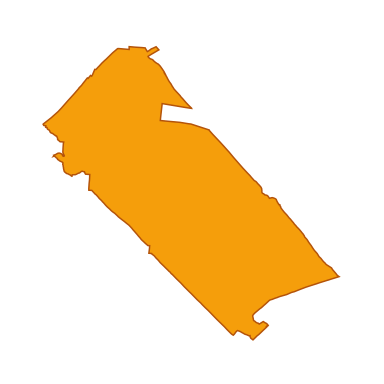 Ibanesti, Botosani, Romania (Equal Earth projection), rotated 186°
{"feature_id": "2599482B35973270357670", "entity_name": "Ibanesti", "entity_type": "district", "adm_level": 2, "iso_a3": "ROU", "parent_name": "Romania", "parent_adm1": "Botosani", "projection": "equal_earth", "projection_center": [26.394, 48.051], "detail": "fine", "context": "isolated", "style": "filled", "palette": "amber", "viewbox_px": 384, "rotation_deg": 186, "n_neighbors": 0, "source": "geoboundaries", "source_scale": "gbopen_adm2", "svg_char_len": 5960}
<svg xmlns="http://www.w3.org/2000/svg" viewBox="0 0 384 384"><g transform="rotate(186 192 192)"><path d="M320.0,276.6L325.2,269.5L330.5,262.0L333.7,257.8L340.0,250.9L347.1,244.0L347.1,243.7L346.9,243.6L346.5,242.8L346.1,242.6L345.2,242.6L344.3,242.7L344.2,242.6L344.4,241.2L344.2,241.0L343.0,240.9L342.7,240.5L342.6,239.9L342.5,239.7L341.9,239.2L341.2,238.9L340.5,238.6L340.2,238.3L339.7,237.5L339.3,236.7L338.9,236.4L338.5,236.1L336.7,235.6L335.6,234.9L334.8,234.4L333.9,234.0L333.7,233.8L333.6,233.6L332.8,233.6L332.5,233.5L331.4,231.5L331.0,230.3L331.1,230.2L330.9,229.9L330.5,229.6L330.1,229.4L329.7,229.2L328.9,228.4L328.3,228.2L326.2,228.3L324.8,228.2L325.0,227.5L325.0,226.9L324.8,221.4L324.7,220.3L324.7,219.3L324.6,218.1L324.3,217.4L324.0,216.8L323.6,216.0L323.0,215.1L322.8,214.7L322.9,214.4L323.2,214.1L323.6,214.1L324.0,214.2L324.3,214.5L324.9,215.4L325.3,215.9L325.9,216.3L326.7,216.6L327.4,216.8L328.4,216.8L329.7,216.4L331.5,215.0L333.0,214.3L333.2,214.2L332.9,214.0L333.5,213.0L332.7,213.4L332.4,213.3L331.9,212.8L331.3,212.5L330.7,211.9L329.9,211.5L329.3,211.0L329.1,210.3L328.2,210.0L327.4,209.4L326.7,209.0L324.9,208.4L324.3,208.2L323.6,207.8L323.5,207.5L323.4,207.2L323.4,206.8L323.4,205.8L322.9,204.9L322.7,203.6L322.4,203.0L322.2,201.8L321.6,200.2L321.3,199.3L320.7,198.6L319.7,198.1L319.0,197.4L318.1,197.2L316.9,197.0L316.0,196.5L315.1,196.3L314.3,195.7L313.7,195.4L313.1,195.1L312.9,195.3L313.0,195.9L313.0,196.4L312.8,196.6L312.4,196.7L311.3,196.8L309.6,197.1L308.2,198.0L307.3,198.6L306.8,198.9L306.0,199.1L304.9,200.1L304.1,200.9L303.6,201.1L303.2,201.2L302.6,201.0L301.6,200.8L301.1,200.9L300.8,200.4L300.7,200.0L300.0,198.9L299.7,198.6L295.5,198.7L295.2,193.5L295.2,189.9L295.0,184.7L294.8,183.0L291.8,183.1L288.1,179.8L287.0,179.2L284.5,176.9L283.6,175.9L281.7,174.5L280.6,173.6L280.1,173.0L279.0,172.2L277.1,170.4L276.6,169.9L274.7,168.3L271.9,166.3L271.1,165.6L270.1,164.8L268.4,163.7L266.7,162.8L264.2,160.9L263.3,160.2L262.9,159.8L262.0,159.2L260.3,158.1L256.2,155.6L253.8,154.0L252.0,152.9L251.1,152.3L247.8,149.4L247.2,148.7L245.0,146.7L243.4,145.2L242.3,144.2L240.5,142.4L238.8,140.9L238.4,140.4L237.4,139.4L236.4,138.6L235.0,137.6L233.1,136.1L230.2,134.1L228.5,134.2L228.4,131.8L228.4,130.2L228.5,126.6L225.8,126.6L225.7,126.3L225.4,126.2L225.2,126.0L222.8,124.5L221.0,122.7L219.4,121.4L218.3,120.5L216.9,119.1L216.2,118.4L212.2,115.3L210.5,113.9L207.7,111.7L206.4,110.6L205.6,110.2L204.8,109.3L203.7,108.3L203.4,108.3L198.3,104.0L193.8,100.5L189.7,96.9L184.1,92.4L181.8,90.6L175.7,85.5L171.8,82.6L170.0,81.0L166.7,78.3L163.4,75.8L161.0,73.8L156.6,70.1L154.2,68.1L145.7,61.4L143.1,59.1L138.3,55.2L137.7,54.8L137.2,54.5L136.0,53.9L135.3,54.7L134.4,56.1L133.9,57.1L133.2,58.0L132.8,58.5L132.5,58.8L132.2,59.0L129.3,58.2L127.8,57.5L126.3,56.9L125.0,56.3L124.5,56.1L122.5,55.7L120.1,54.9L119.3,55.2L119.1,54.4L119.0,54.0L118.7,53.4L118.3,52.8L117.4,52.2L115.9,51.3L115.2,52.1L112.9,54.9L112.2,55.8L110.8,57.1L109.0,59.2L106.5,62.2L105.5,63.3L103.8,65.3L104.1,65.5L104.1,65.8L103.1,66.9L102.8,66.6L102.3,67.1L102.2,67.4L102.8,67.7L103.3,68.2L103.7,68.8L104.2,69.1L105.0,69.3L106.3,69.9L107.1,70.4L107.6,70.6L111.3,67.7L111.7,67.9L112.5,68.5L113.2,68.5L114.6,69.0L116.1,70.1L116.5,70.3L117.1,70.5L117.4,70.9L117.5,71.1L117.7,72.0L118.4,74.1L118.7,75.1L118.7,75.5L118.4,76.0L117.9,76.9L116.7,78.4L112.3,83.0L111.1,84.0L109.9,85.3L108.8,86.6L107.1,88.4L104.0,92.0L103.5,92.5L102.4,93.1L101.0,93.6L98.4,95.0L95.9,96.1L95.1,96.6L93.6,97.3L87.1,99.9L82.9,102.3L82.1,102.7L79.9,103.5L74.8,106.2L68.7,109.3L55.2,115.3L36.9,123.2L38.8,124.3L40.5,126.1L44.2,129.6L45.3,131.1L47.1,132.0L49.5,133.2L50.5,133.7L51.4,134.3L52.3,135.3L53.7,136.3L54.8,137.3L56.9,139.5L58.9,141.0L60.1,142.6L61.1,143.9L64.2,146.7L66.0,148.8L67.9,151.2L70.6,154.1L71.5,155.3L72.7,156.8L73.9,157.9L75.2,159.0L75.7,160.0L76.0,160.5L76.5,161.0L76.8,161.5L77.6,162.3L78.5,163.1L79.2,163.9L80.7,165.3L81.3,166.0L82.2,166.6L83.2,167.6L84.1,168.2L84.7,168.8L85.1,169.3L85.4,169.6L85.7,169.8L86.2,170.2L86.8,170.7L87.8,171.9L89.5,173.5L91.4,175.4L92.2,176.0L92.7,176.4L95.3,179.1L98.0,181.4L100.4,183.8L100.9,184.4L102.1,185.7L102.1,186.3L102.4,186.7L103.2,187.7L103.2,187.9L103.1,188.1L103.2,188.4L103.5,188.6L104.2,188.5L105.8,190.6L106.5,191.6L106.9,192.3L107.4,193.3L107.8,193.7L109.1,194.3L111.3,194.8L112.0,194.7L113.4,194.2L114.2,193.8L114.3,193.8L115.2,194.9L116.2,196.0L116.8,196.4L118.1,196.7L119.1,196.7L119.4,196.8L120.5,197.7L121.2,197.9L121.7,198.1L121.8,198.1L122.3,198.7L122.5,199.1L122.6,199.8L122.6,200.4L123.1,202.7L123.4,203.2L124.0,204.1L124.6,204.7L125.9,205.9L127.5,207.2L128.9,208.6L129.7,209.2L131.3,209.9L134.6,212.9L136.1,214.4L139.0,216.8L142.2,219.6L143.7,220.9L147.5,224.4L154.4,230.8L158.3,234.6L159.1,235.4L168.9,244.2L177.4,251.5L181.2,255.0L181.4,255.5L200.2,259.5L202.4,259.5L211.3,260.0L218.1,259.9L226.1,259.8L231.0,259.8L231.0,265.3L230.9,276.8L207.9,275.4L201.1,275.1L201.2,275.3L204.5,277.9L207.3,280.3L210.5,283.3L211.0,283.8L212.9,285.4L213.6,286.2L213.8,286.5L218.3,290.4L220.6,292.5L221.7,293.9L223.0,295.5L223.4,296.1L224.3,297.4L226.0,299.2L227.7,301.5L229.1,303.7L230.4,305.4L231.4,306.7L231.0,306.6L232.5,308.9L234.6,311.4L236.9,314.0L238.8,315.6L239.2,315.8L239.8,316.0L241.4,316.8L243.3,318.0L244.6,319.2L245.0,319.4L245.8,319.8L247.0,320.0L247.5,320.2L248.4,320.7L249.1,321.2L249.6,321.7L249.9,322.3L246.6,324.9L245.2,325.9L239.8,329.9L242.9,332.7L245.2,331.3L245.6,331.1L246.2,330.7L246.9,330.4L247.7,329.9L248.3,329.2L249.1,328.6L250.0,327.7L251.1,327.0L252.1,328.3L252.7,329.0L253.6,330.4L256.6,330.4L263.7,330.1L269.7,330.0L269.4,327.2L279.9,327.0L281.0,326.8L285.5,322.1L291.6,314.7L292.4,313.9L295.4,310.4L296.2,309.2L297.1,308.1L297.4,307.6L298.4,306.4L300.3,303.8L301.5,303.8L303.2,298.2L303.9,296.7L305.1,297.3L307.2,294.1L308.0,294.5L311.7,288.7L313.0,286.5L315.1,283.9L315.4,283.4L315.4,283.2L315.5,283.2L315.7,282.8L315.8,282.6L320.0,276.6Z" fill="#f59e0b" stroke="#b45309" stroke-width="1.5"/></g></svg>